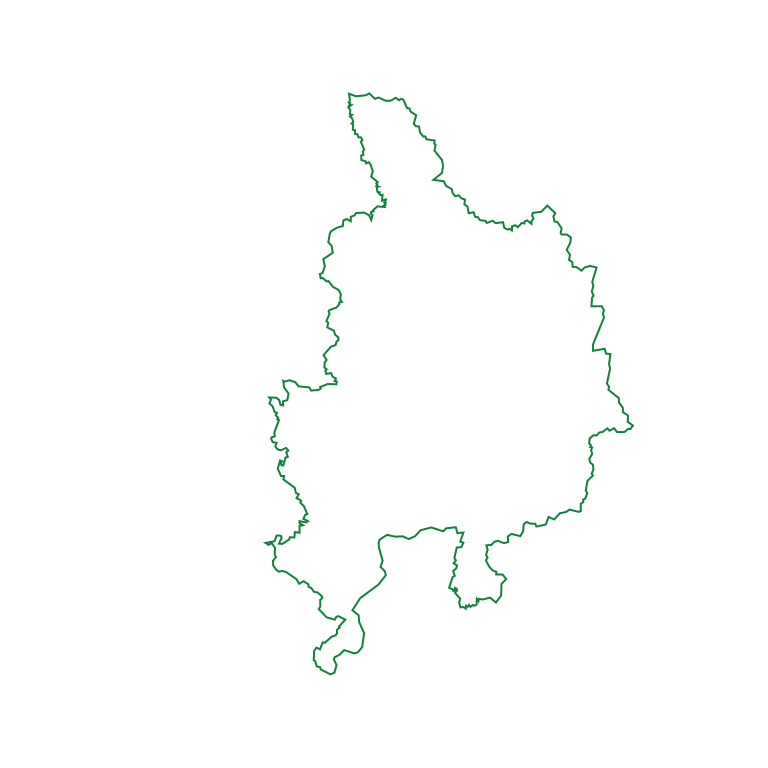 Medio Baudó(boca De Pepé), Chocó, Colombia (Mercator projection), rotated 317°
{"feature_id": "7082276B42421945632945", "entity_name": "Medio Baudó(boca De Pepé)", "entity_type": "district", "adm_level": 2, "iso_a3": "COL", "parent_name": "Colombia", "parent_adm1": "Chocó", "projection": "mercator", "projection_center": [-77.017, 5.148], "detail": "fine", "context": "isolated", "style": "outline", "palette": "green", "viewbox_px": 768, "rotation_deg": 317, "n_neighbors": 0, "source": "geoboundaries", "source_scale": "gbopen_adm2", "svg_char_len": 6166}
<svg xmlns="http://www.w3.org/2000/svg" viewBox="0 0 768 768"><g transform="rotate(317 384 384)"><path d="M575.8,264.9L579.2,259.7L580.0,247.8L585.0,244.1L584.7,242.4L587.1,240.5L582.0,234.0L583.1,231.1L581.4,229.7L582.0,224.4L585.3,219.5L583.2,217.4L583.2,214.1L590.8,209.4L589.2,202.7L590.6,199.8L589.0,198.1L592.1,189.0L590.9,187.1L588.5,186.8L587.8,182.7L581.9,181.3L578.2,177.7L575.5,170.9L571.9,169.3L571.4,161.4L567.5,160.4L559.7,154.4L556.4,147.9L552.5,153.4L550.2,154.1L550.9,155.5L548.7,156.4L550.0,157.6L546.7,157.2L546.2,160.7L543.0,163.5L544.2,165.4L541.5,165.1L541.9,167.7L540.3,171.4L537.9,171.4L538.5,173.1L534.6,176.8L535.9,178.6L533.4,181.5L534.9,183.2L533.5,186.1L535.3,187.8L534.6,190.9L532.3,191.0L529.4,199.0L527.1,199.5L525.2,202.4L523.2,201.3L520.2,204.7L522.5,208.8L521.4,210.5L524.1,211.5L523.9,214.2L520.8,220.9L516.0,223.6L517.1,232.0L515.3,232.0L515.3,233.4L513.4,233.9L514.4,235.8L513.1,235.1L511.5,236.8L510.3,239.1L511.6,240.9L510.2,241.2L510.4,243.7L512.0,244.6L507.6,248.6L512.1,250.6L510.0,250.6L508.9,252.6L507.9,251.6L507.1,254.1L505.2,253.3L505.1,254.9L500.3,249.6L494.6,249.4L494.1,250.6L492.1,249.4L490.5,250.5L490.8,252.6L486.5,255.3L488.2,250.5L486.3,245.0L480.0,239.9L477.6,240.6L473.7,239.1L470.7,242.3L469.2,237.9L465.8,236.7L461.6,240.4L456.1,237.6L449.4,236.2L446.9,237.1L440.0,242.3L439.9,247.3L436.0,253.1L424.8,251.3L421.0,257.6L414.7,260.9L412.1,259.8L409.8,263.5L411.3,264.4L412.1,269.9L413.6,270.9L412.9,278.1L415.0,284.6L413.5,289.1L409.7,292.1L409.1,295.2L406.8,293.8L405.7,295.2L401.5,295.7L394.4,292.7L392.8,293.3L392.2,295.4L384.7,298.8L385.0,301.2L381.1,303.9L383.7,310.9L381.9,314.6L382.4,318.9L380.4,320.9L378.1,320.6L375.2,322.5L370.7,320.5L359.4,321.7L358.5,327.2L355.2,327.9L351.8,331.1L352.1,334.1L350.3,334.1L348.6,337.2L352.8,340.0L351.4,343.4L352.6,347.1L349.9,348.3L351.2,349.8L349.0,351.8L342.8,345.6L335.3,342.7L334.6,344.2L332.3,343.8L326.2,339.1L327.1,335.6L319.9,327.4L320.4,322.1L317.3,316.7L312.9,314.5L312.5,313.0L308.6,318.3L307.7,325.9L302.3,329.8L298.2,327.8L295.6,330.8L294.0,328.6L296.4,324.3L295.9,320.6L290.9,315.6L290.6,318.4L287.0,320.0L287.3,324.5L284.9,329.7L286.0,332.2L283.4,333.0L283.7,336.4L281.9,337.0L282.7,338.7L270.8,344.6L268.5,347.8L265.1,346.3L263.9,347.6L263.0,350.5L265.3,353.8L261.9,355.6L261.6,358.9L263.1,362.1L268.8,364.0L268.6,367.5L266.1,367.1L263.9,371.7L261.8,370.6L254.9,374.9L253.6,373.6L254.5,371.5L256.7,371.1L255.9,369.1L248.6,373.4L245.9,381.0L248.2,383.1L245.4,385.2L247.9,399.1L245.3,403.5L246.4,406.5L242.2,407.8L243.8,412.7L241.8,413.8L242.1,418.8L239.2,426.8L237.2,425.9L233.1,427.6L234.8,432.5L232.5,432.0L228.7,426.7L227.3,428.2L228.4,431.9L225.5,430.1L220.8,435.2L217.8,431.5L213.8,435.1L210.6,431.9L208.4,433.1L200.5,431.5L198.3,429.1L203.8,426.9L205.1,425.4L204.4,423.7L202.0,421.6L196.8,424.4L189.0,419.4L189.8,422.8L193.4,424.0L192.5,429.6L187.9,434.0L186.9,436.9L182.2,437.6L179.3,441.0L178.5,446.2L179.1,449.6L181.8,451.0L184.1,454.6L186.8,466.7L185.8,472.3L190.7,473.4L192.1,479.0L190.5,480.9L191.7,483.6L191.1,488.3L193.3,491.3L193.8,497.2L192.8,498.5L190.2,498.3L185.6,503.3L182.8,504.1L182.9,515.5L187.3,522.8L190.4,521.8L192.4,522.8L195.0,530.0L185.5,530.7L185.4,532.0L181.9,531.7L179.5,534.4L177.1,534.7L173.3,533.1L164.1,532.9L163.0,531.1L156.2,534.4L154.9,530.8L151.1,531.4L144.2,538.1L144.7,539.7L142.2,544.8L144.1,547.2L143.1,549.8L146.7,559.6L150.6,561.4L157.6,557.2L159.6,551.0L161.6,550.2L166.8,551.7L173.4,551.4L178.5,560.7L181.6,562.4L188.6,561.5L199.6,552.6L203.4,541.3L207.7,535.9L206.6,527.9L220.5,524.4L242.8,526.9L255.0,525.1L256.9,521.5L256.7,515.5L262.5,512.2L268.5,500.7L271.5,496.6L274.7,494.8L283.4,496.5L288.1,503.3L293.8,508.2L296.4,514.3L303.0,516.5L311.0,515.9L320.7,521.1L326.8,532.1L331.1,532.0L338.8,537.7L336.0,543.1L340.8,546.8L332.3,551.3L333.8,554.2L329.4,556.0L325.6,553.2L316.8,559.3L316.2,562.1L312.7,562.5L313.6,566.6L311.1,568.1L307.1,567.9L304.9,572.6L302.5,572.0L292.6,577.5L294.6,582.0L293.7,582.6L295.1,583.6L296.9,581.6L297.6,583.0L296.8,584.8L293.5,585.2L293.3,593.1L289.9,595.0L287.6,599.6L289.9,601.2L290.6,604.1L292.8,602.1L293.5,604.2L295.5,603.6L295.3,606.0L298.4,606.2L298.5,607.5L301.2,608.5L305.3,604.6L304.9,607.3L307.0,605.9L309.2,608.9L315.9,612.6L316.8,620.1L325.4,618.6L333.5,610.4L340.4,610.0L340.7,604.1L336.1,599.8L338.0,598.0L336.3,594.3L336.4,589.3L338.3,582.4L341.3,581.6L342.1,578.6L346.8,575.9L348.8,571.8L352.8,574.9L357.1,574.7L360.3,576.3L363.2,582.2L367.1,584.3L370.6,579.9L375.0,580.6L379.9,588.2L385.1,586.7L390.5,581.9L394.3,582.2L395.7,585.8L399.4,589.4L398.2,592.0L399.0,592.7L406.5,597.1L413.7,593.5L416.1,599.1L424.6,598.5L429.9,601.8L434.0,602.3L439.2,610.3L441.1,611.2L446.3,605.8L449.3,606.3L450.6,604.4L452.9,605.1L458.3,602.4L458.9,599.5L466.8,593.6L474.4,593.4L474.7,591.2L478.8,589.4L481.8,585.5L481.2,582.4L483.0,578.8L488.6,577.1L490.3,573.7L492.9,572.3L491.8,570.8L493.6,570.0L493.5,567.3L497.3,564.1L502.2,564.3L504.4,566.6L508.4,566.3L511.1,568.1L517.1,568.8L517.0,571.9L522.1,573.3L521.7,578.0L527.0,583.1L531.8,583.4L533.5,584.9L537.7,584.2L536.5,577.9L541.0,573.4L539.5,567.5L542.4,564.5L543.3,557.7L546.1,554.5L544.2,541.2L546.7,539.6L547.4,535.7L560.0,526.8L562.1,523.0L570.0,516.5L567.2,513.3L569.4,508.7L559.5,502.3L563.9,497.6L590.3,485.4L592.1,481.7L595.1,480.2L596.3,475.6L588.7,468.7L595.0,462.8L597.5,462.3L599.0,458.1L604.0,455.0L605.9,451.4L618.9,443.8L615.4,438.3L610.1,435.6L605.7,435.8L604.6,430.0L601.9,426.9L604.8,423.4L604.0,419.4L608.1,416.4L609.1,410.5L616.8,407.6L620.6,404.4L619.8,399.6L615.9,395.8L616.0,394.2L620.1,391.3L621.3,383.7L619.5,381.4L622.3,376.9L625.8,375.9L625.1,364.9L616.4,365.3L609.6,360.3L607.2,361.8L606.1,365.1L603.0,365.3L601.1,367.4L600.2,361.9L597.8,361.0L596.2,362.3L594.5,360.2L588.8,360.6L588.2,357.4L585.3,356.0L582.2,358.9L581.8,356.2L580.0,355.6L578.4,352.0L581.4,346.9L575.3,342.4L574.8,338.7L568.9,336.3L569.5,334.0L565.9,329.5L566.4,325.9L564.6,324.0L566.7,319.5L562.4,316.9L566.1,311.1L565.3,307.5L569.0,304.3L567.3,301.1L567.3,297.0L564.2,295.2L564.4,291.1L566.5,287.8L564.5,281.2L566.0,276.5L559.4,268.4L570.3,269.2L575.8,264.9Z" fill="none" stroke="#15803d" stroke-width="2"/></g></svg>